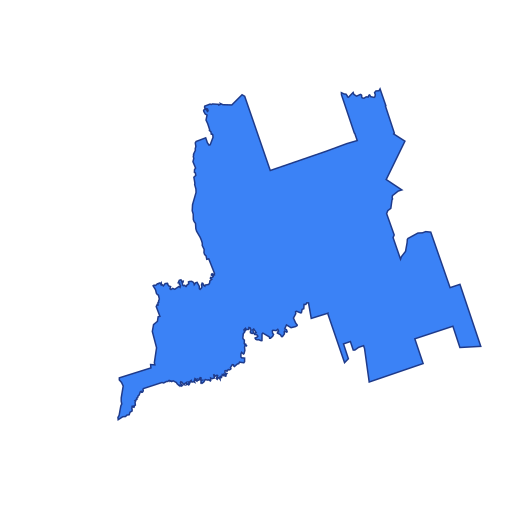 Santa María, Córdoba, Argentina, rotated 341°
{"feature_id": "61730980B95109119515520", "entity_name": "Santa María", "entity_type": "district", "adm_level": 2, "iso_a3": "ARG", "parent_name": "Argentina", "parent_adm1": "Córdoba", "projection": "equal_earth", "projection_center": [-64.536, -31.682], "detail": "fine", "context": "isolated", "style": "filled", "palette": "blue", "viewbox_px": 512, "rotation_deg": 341, "n_neighbors": 0, "source": "geoboundaries", "source_scale": "gbopen_adm2", "svg_char_len": 6131}
<svg xmlns="http://www.w3.org/2000/svg" viewBox="0 0 512 512"><g transform="rotate(341 256 256)"><path d="M149.0,250.7L150.0,255.1L149.7,259.0L150.2,260.4L151.0,261.2L150.6,265.2L149.1,267.0L149.0,268.0L148.1,268.2L147.4,270.5L146.8,270.4L146.6,269.9L145.2,271.3L145.5,281.8L143.7,281.6L141.5,285.7L136.8,287.5L133.4,293.6L132.1,310.4L125.2,323.7L124.9,326.0L121.0,324.3L120.2,327.6L87.1,326.7L86.4,328.7L87.7,331.8L88.1,335.7L82.4,346.2L81.3,349.3L80.9,352.2L79.4,353.7L74.7,362.1L72.9,363.7L72.4,365.9L77.7,364.6L80.4,365.3L82.1,364.4L84.4,364.8L86.0,362.7L88.4,362.2L89.0,360.4L88.9,359.5L90.0,358.4L89.9,357.8L90.9,357.9L90.7,358.8L91.4,359.3L92.4,358.0L93.4,357.7L94.0,355.0L94.9,354.0L94.5,353.4L96.8,352.7L96.8,351.6L98.1,351.3L98.8,350.0L100.1,349.5L102.6,346.6L103.4,346.6L103.5,347.6L104.3,347.8L105.5,346.8L105.7,345.3L106.4,344.7L125.9,345.0L127.4,346.0L130.4,345.5L131.8,345.9L133.3,345.3L134.1,345.9L133.9,346.5L135.0,346.5L135.4,347.3L137.0,347.0L139.5,349.7L139.8,351.1L141.0,353.3L141.6,353.3L141.8,354.3L142.9,353.8L143.4,354.8L144.3,354.3L143.3,352.3L143.3,351.1L144.0,350.4L144.8,351.1L146.1,354.3L147.2,353.4L148.9,353.0L148.9,354.5L148.3,355.0L150.1,355.0L150.3,355.9L150.9,355.8L151.3,354.3L151.8,354.8L152.2,354.3L151.2,353.2L153.3,353.7L153.3,352.9L154.2,352.6L154.0,353.8L154.6,354.4L156.0,354.5L156.9,355.4L156.8,354.2L158.4,352.0L158.9,352.7L158.6,353.3L159.7,353.3L158.5,354.1L159.4,355.1L159.7,354.6L161.3,354.7L163.6,352.8L164.3,353.2L164.3,353.7L163.1,355.1L164.7,355.9L163.5,356.1L162.9,357.2L162.7,358.2L163.3,358.1L163.5,358.8L165.5,358.2L167.8,356.3L169.9,357.6L170.8,357.6L172.2,359.3L172.7,358.9L172.6,358.0L173.2,357.6L173.4,356.6L174.4,357.7L177.0,357.8L177.4,354.0L178.3,356.3L180.3,356.0L180.8,356.6L178.6,358.9L179.2,360.0L180.7,358.8L181.4,359.3L181.9,360.9L182.5,358.7L183.1,358.4L183.3,359.5L183.8,359.7L185.5,357.1L186.4,358.4L187.1,357.3L188.0,358.4L187.7,359.5L188.3,359.8L189.4,358.1L190.1,357.7L189.0,357.1L188.6,356.2L189.4,354.4L190.6,354.6L191.0,355.6L192.8,354.3L193.7,355.0L195.1,354.8L195.6,354.4L195.5,353.2L198.2,351.0L199.3,351.5L199.0,352.5L199.6,353.5L203.3,352.0L204.6,352.2L205.9,351.0L209.7,353.0L210.8,352.2L212.0,348.8L209.3,347.6L208.9,346.4L209.8,343.8L211.0,342.4L212.2,344.6L212.9,344.4L214.7,341.7L215.5,338.4L216.6,337.0L218.1,338.3L217.7,337.3L216.7,336.7L216.6,335.9L217.2,335.8L216.4,335.0L217.6,331.8L216.8,330.0L216.9,329.1L218.7,325.3L220.4,324.3L220.6,321.8L222.5,320.9L222.6,321.6L222.0,322.9L223.0,322.3L225.2,323.1L226.0,321.3L227.0,321.9L227.2,324.4L226.0,325.8L225.8,326.8L227.1,328.0L228.5,328.1L229.0,324.7L230.1,324.3L231.2,328.5L229.5,328.5L229.1,329.7L231.1,330.7L231.7,332.4L230.9,333.0L228.4,333.3L228.6,334.6L229.7,335.6L231.4,336.1L233.3,337.8L234.1,337.9L236.3,331.7L237.4,331.1L241.9,336.4L242.3,337.0L242.1,338.2L242.9,338.5L245.7,337.3L247.1,335.8L246.5,334.5L247.1,332.0L247.9,331.7L250.7,333.1L252.7,332.4L253.0,333.8L252.5,334.3L252.6,334.9L251.9,334.9L251.1,335.8L253.5,338.4L253.9,340.5L254.8,340.8L257.5,338.9L258.0,336.9L258.6,336.3L260.0,337.9L260.8,337.8L260.8,335.5L259.4,334.2L262.4,331.1L265.8,335.2L270.3,335.6L272.2,335.2L272.5,334.7L271.7,332.4L271.2,326.9L274.8,323.5L275.3,321.5L276.3,321.4L279.8,324.4L280.5,324.4L282.2,321.5L284.0,321.4L285.7,317.4L287.3,318.0L288.8,316.8L290.4,317.4L287.9,333.0L305.4,333.5L305.1,334.1L305.0,385.7L309.9,383.2L310.1,367.6L317.4,367.6L317.3,376.6L318.9,377.1L323.2,375.8L328.5,375.8L328.5,378.9L322.0,412.0L379.0,412.1L379.2,386.0L419.3,386.5L419.0,408.9L439.1,414.6L439.6,349.2L429.2,349.1L429.0,290.3L424.4,288.2L421.0,288.3L416.5,287.0L405.4,288.9L404.5,289.6L403.2,292.6L398.9,300.3L393.4,303.9L391.6,306.1L391.6,283.2L393.5,281.1L393.3,258.4L395.4,256.0L399.0,254.8L402.8,247.3L403.7,246.5L403.7,245.2L404.7,243.3L411.6,240.9L415.4,241.0L404.0,226.1L434.2,195.9L425.9,185.4L426.8,184.8L427.2,156.4L427.7,156.2L427.7,138.4L426.1,139.8L423.1,139.0L421.3,140.1L421.3,142.4L420.2,144.2L419.3,144.5L416.3,142.7L415.9,140.7L415.0,140.8L413.9,142.2L412.0,141.4L409.4,142.0L407.9,141.1L407.7,140.1L408.2,138.4L407.8,137.6L407.3,137.2L403.1,137.6L401.1,135.0L401.1,133.0L395.1,136.0L394.3,135.3L394.4,134.2L393.8,132.3L392.1,131.5L389.9,129.4L389.3,131.5L389.0,171.8L389.3,172.2L389.3,179.8L378.4,179.3L356.5,179.8L297.3,179.8L297.3,101.3L295.3,99.0L282.3,105.3L274.0,102.2L271.9,100.2L271.9,101.1L269.9,101.1L269.9,100.4L264.4,98.1L262.9,98.2L262.0,97.4L256.3,97.6L255.8,98.5L255.9,99.8L258.0,101.1L258.0,103.1L257.1,103.5L256.9,102.0L255.6,100.2L253.9,101.2L253.7,102.3L254.2,105.2L255.6,106.8L253.0,111.2L253.4,115.1L253.3,121.3L252.8,122.2L253.8,123.8L253.4,126.3L254.3,126.5L254.6,127.2L254.0,129.8L248.9,135.9L247.7,135.9L246.9,133.1L246.9,127.9L236.7,128.2L235.4,129.3L234.8,132.8L233.4,134.9L233.1,136.3L230.0,139.5L230.0,140.1L229.1,141.5L228.9,143.5L227.1,146.3L227.5,153.2L226.0,154.3L225.0,156.8L225.7,157.7L225.3,160.2L222.9,161.3L221.9,167.3L221.3,168.4L221.0,173.1L220.0,176.4L212.7,186.8L210.4,192.5L210.3,195.9L208.6,201.1L208.7,203.2L209.4,205.5L208.0,210.7L207.9,213.2L209.3,220.2L209.5,223.6L209.4,226.3L208.6,228.6L209.1,232.9L207.9,235.9L207.9,237.9L208.8,239.6L208.4,243.1L210.4,243.3L211.1,258.9L210.7,259.1L210.6,260.3L209.9,260.2L208.8,258.5L208.1,258.7L207.6,259.5L209.0,261.0L208.9,261.5L207.6,262.1L206.1,261.5L205.6,262.3L206.5,263.7L204.3,264.5L203.3,266.5L201.9,267.5L198.4,266.9L197.8,267.9L196.8,266.6L196.9,264.7L196.3,264.1L195.0,265.6L194.8,267.6L194.3,268.3L192.3,269.4L191.8,268.6L192.5,266.2L191.7,261.7L190.2,261.7L188.3,263.0L188.5,261.6L188.0,260.3L186.9,259.0L184.7,258.4L183.7,258.5L183.4,260.3L181.1,261.1L180.1,262.1L179.6,261.9L179.0,260.5L177.7,260.5L177.3,259.9L177.5,257.1L178.5,257.0L179.0,256.1L177.4,255.7L177.3,254.1L175.6,254.0L173.7,256.0L175.0,256.8L174.4,257.6L175.0,259.4L174.0,260.9L173.3,259.7L168.3,261.0L166.7,259.5L164.7,260.0L164.0,259.0L165.3,257.1L163.9,256.1L163.2,253.9L163.5,253.4L163.3,252.9L161.1,252.5L158.6,254.1L157.9,252.5L157.1,252.6L157.6,250.6L156.7,251.2L156.5,250.4L155.7,250.0L154.5,250.5L153.8,250.1L151.6,251.1L150.1,250.4L149.0,250.7Z" fill="#3b82f6" stroke="#1e3a8a" stroke-width="1.5"/></g></svg>